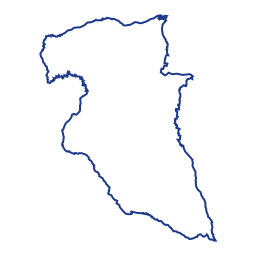 Jombang, Jawa Timur, Indonesia
{"feature_id": "22746128B39847330151566", "entity_name": "Jombang", "entity_type": "district", "adm_level": 2, "iso_a3": "IDN", "parent_name": "Indonesia", "parent_adm1": "Jawa Timur", "projection": "natural_earth1", "projection_center": [112.264, -7.561], "detail": "fine", "context": "isolated", "style": "outline", "palette": "blue", "viewbox_px": 256, "rotation_deg": 0, "n_neighbors": 0, "source": "geoboundaries", "source_scale": "gbopen_adm2", "svg_char_len": 5653}
<svg xmlns="http://www.w3.org/2000/svg" viewBox="0 0 256 256"><path d="M43.3,42.9L44.7,44.2L43.7,44.7L43.1,46.1L43.4,46.5L44.0,46.4L44.3,47.6L43.0,49.3L43.0,50.2L42.1,50.3L41.1,52.7L40.4,53.5L40.7,55.6L41.7,57.9L42.4,58.5L43.2,62.2L44.8,64.0L45.2,65.5L46.9,66.9L46.9,68.5L47.4,69.2L47.1,69.8L48.5,71.5L47.7,72.5L46.4,75.5L47.7,77.2L47.3,79.0L48.0,79.6L47.5,81.3L47.9,82.5L48.6,82.4L49.7,83.1L51.2,81.9L50.9,81.4L51.1,81.1L52.6,81.2L53.2,80.9L53.4,80.5L52.9,80.2L53.0,80.0L54.2,80.3L54.6,79.3L53.9,78.1L54.8,78.3L56.2,77.6L56.2,76.0L56.9,76.1L57.3,77.2L57.8,76.7L58.7,77.2L59.0,75.4L60.0,76.7L61.7,76.6L61.9,77.4L62.5,78.2L62.8,77.8L62.6,76.8L63.4,77.5L63.6,76.3L64.3,75.9L64.4,75.1L65.3,75.6L65.9,76.5L67.5,76.7L67.6,76.1L67.0,75.2L67.8,74.7L67.4,73.9L67.5,72.8L68.2,71.4L69.3,72.0L69.1,72.7L69.5,73.2L69.3,74.0L70.0,73.9L70.5,74.7L72.1,74.9L72.4,75.9L73.7,75.5L74.1,75.8L74.8,74.9L75.4,76.2L76.0,75.5L76.4,76.3L79.7,76.6L80.3,78.6L80.9,77.9L80.6,77.5L81.5,77.2L81.4,78.0L82.4,78.5L82.0,79.5L82.8,79.9L82.9,80.9L83.4,81.0L82.5,81.7L83.7,82.9L83.1,83.3L83.4,84.0L82.9,83.8L82.8,84.1L84.1,84.4L83.9,85.2L83.5,85.4L84.8,85.8L84.8,84.5L85.7,85.1L85.7,86.3L86.0,86.9L85.5,88.1L86.4,88.7L85.7,90.9L86.8,90.8L87.3,90.1L87.8,90.8L86.6,93.9L84.7,95.3L82.3,96.5L80.2,98.5L80.6,103.2L80.0,106.1L80.1,109.8L79.7,111.3L76.7,114.5L75.0,114.5L74.0,113.8L72.2,114.5L71.2,117.5L69.0,120.6L66.6,122.4L65.6,123.6L64.1,126.8L63.4,129.2L62.2,130.3L63.8,137.4L63.0,142.4L62.3,143.3L62.2,145.3L62.9,145.4L63.2,147.2L65.2,150.3L66.8,151.5L67.3,151.2L68.9,151.8L69.2,151.4L70.3,152.3L73.8,153.8L74.4,153.9L74.9,153.0L78.6,153.7L79.1,153.2L81.8,153.2L86.3,154.8L88.8,157.6L88.8,159.3L91.2,160.9L92.8,163.9L93.9,164.9L94.3,165.7L93.7,166.5L94.3,167.7L94.0,168.9L95.0,170.8L96.3,171.8L97.4,171.9L97.8,172.4L99.3,174.5L99.2,176.2L102.1,177.9L103.1,179.0L103.7,180.7L105.4,182.0L106.1,183.9L108.1,185.8L108.5,186.9L109.6,187.3L109.4,189.1L108.8,190.6L109.1,191.0L108.2,193.3L108.5,194.1L111.4,195.3L112.9,198.0L114.5,199.7L117.2,200.8L116.5,203.4L119.4,205.0L119.7,207.0L121.0,208.6L123.8,211.9L126.1,213.8L129.4,214.3L131.8,213.8L132.0,213.3L131.1,211.7L131.3,211.5L137.0,212.9L142.0,213.3L142.3,212.9L143.3,213.0L143.6,213.3L143.4,213.6L144.2,214.0L144.6,213.6L145.2,213.9L145.9,213.5L145.9,213.9L146.7,214.3L147.0,213.6L147.7,214.2L148.1,214.1L148.4,214.8L149.0,214.7L150.3,215.7L150.8,215.6L151.6,216.9L152.0,216.8L152.1,217.2L152.4,217.0L152.7,217.6L153.5,217.9L154.4,219.1L156.5,219.7L157.3,219.4L157.6,219.8L157.4,220.1L158.9,221.1L161.4,221.1L162.8,223.1L164.7,224.5L165.4,224.9L167.9,224.9L170.0,227.3L170.7,227.4L171.2,228.5L171.7,228.7L173.5,231.3L175.3,231.2L176.6,231.5L177.2,232.3L179.7,232.8L182.0,234.5L183.9,235.3L185.5,237.2L187.9,237.6L189.4,239.0L191.5,238.8L193.7,238.2L196.3,236.7L197.2,236.9L197.9,235.3L199.4,234.5L200.7,234.3L203.1,236.5L204.3,236.7L206.3,235.3L206.8,234.4L207.6,235.3L209.0,238.6L210.1,239.5L211.8,239.4L214.1,240.6L215.6,240.6L213.7,237.4L213.6,236.6L213.1,236.2L213.4,234.5L212.0,233.3L212.0,231.1L211.6,230.3L212.4,227.3L212.3,226.2L211.4,223.0L212.2,222.4L212.0,221.4L210.8,220.0L209.7,218.1L208.0,216.7L207.8,214.9L206.6,212.0L206.0,208.2L205.5,207.2L205.4,203.2L204.3,199.6L202.8,198.0L202.4,196.8L201.6,195.8L200.5,192.1L197.7,189.5L196.0,186.0L195.8,182.6L196.1,182.0L195.6,180.8L196.1,177.8L195.4,175.6L195.5,171.7L192.6,166.4L192.5,165.3L192.9,163.5L192.3,160.4L192.5,159.8L185.1,151.4L183.7,148.1L183.3,145.8L182.1,145.2L181.7,145.8L181.3,145.1L181.0,145.4L180.3,145.1L180.0,143.1L177.7,139.7L179.9,139.6L180.4,135.7L178.7,135.4L179.0,133.6L178.1,133.2L178.1,132.8L178.6,130.0L179.6,129.3L179.6,128.8L177.2,128.0L176.5,128.1L176.3,127.9L177.2,127.0L176.9,125.3L175.9,125.2L175.9,123.9L174.6,123.4L175.3,121.5L174.9,121.4L175.1,119.0L175.3,118.6L176.7,118.8L177.8,116.8L176.9,116.4L177.3,111.6L176.2,111.3L176.3,110.1L175.8,109.9L176.1,108.8L179.1,109.4L179.2,108.9L178.8,106.1L178.1,105.4L178.2,104.7L179.4,105.0L179.9,101.1L179.9,100.6L179.5,100.5L179.6,98.2L180.1,97.9L180.4,95.0L180.3,93.7L179.5,92.8L179.2,89.6L180.0,89.5L180.3,87.4L181.4,87.1L183.6,85.2L185.0,86.0L185.9,86.0L185.9,85.2L186.4,85.2L186.5,80.6L187.5,79.2L188.9,79.0L190.7,78.0L192.2,78.9L192.0,76.9L192.8,76.4L191.4,75.0L189.7,74.2L182.4,74.9L176.9,73.7L172.1,74.2L168.8,72.7L165.8,75.0L164.8,75.3L160.8,72.2L161.5,68.7L163.1,69.0L164.4,65.5L166.7,65.9L167.4,63.6L164.5,63.1L164.9,59.5L166.1,55.6L166.9,54.9L168.1,55.2L167.0,52.7L167.2,49.7L166.5,49.4L166.8,47.4L167.4,47.4L167.7,43.8L167.1,43.4L166.8,41.9L165.8,41.1L165.7,39.6L164.7,38.4L164.3,37.1L163.8,36.8L162.7,34.3L161.9,29.0L162.7,24.4L166.1,20.4L165.5,19.4L165.5,18.0L164.5,17.7L166.2,17.3L165.8,16.6L166.6,16.0L165.3,15.7L164.0,16.4L162.0,16.4L162.2,17.0L163.3,16.8L163.1,17.2L163.4,17.4L162.7,17.6L163.3,18.2L162.8,18.2L163.0,18.9L162.1,18.3L161.3,18.9L160.7,18.5L159.6,19.5L159.0,18.9L159.2,17.4L158.7,17.6L159.1,16.4L160.8,16.4L161.5,17.0L161.8,16.5L161.0,15.4L159.1,15.5L157.3,15.9L153.7,18.4L150.0,19.3L147.5,21.0L141.5,23.2L139.2,23.1L137.3,22.3L134.9,22.2L130.2,24.8L125.3,25.5L123.9,25.4L123.0,24.8L122.2,23.6L120.2,22.7L119.3,21.3L113.8,18.8L111.3,19.2L110.9,18.6L108.5,18.0L107.5,18.3L106.8,17.8L106.3,18.4L104.9,19.0L102.9,18.6L103.0,19.5L101.8,20.3L101.2,19.7L100.7,20.2L97.3,20.4L95.9,19.7L94.3,21.0L93.7,20.9L92.3,21.9L89.3,22.5L88.1,22.3L85.6,23.9L85.5,24.6L80.4,27.2L73.8,27.8L71.9,29.5L67.3,30.7L65.2,32.8L62.0,34.4L61.7,35.1L60.1,34.8L60.0,36.0L58.1,35.7L57.7,36.5L55.7,36.6L54.7,36.0L53.3,36.0L53.0,35.2L52.4,34.9L51.8,35.4L51.0,35.3L50.8,36.4L49.0,35.4L48.1,36.2L46.2,36.1L46.0,38.2L45.2,38.8L44.9,39.8L44.2,40.0L43.3,42.9Z" fill="none" stroke="#1e3a8a" stroke-width="2"/></svg>